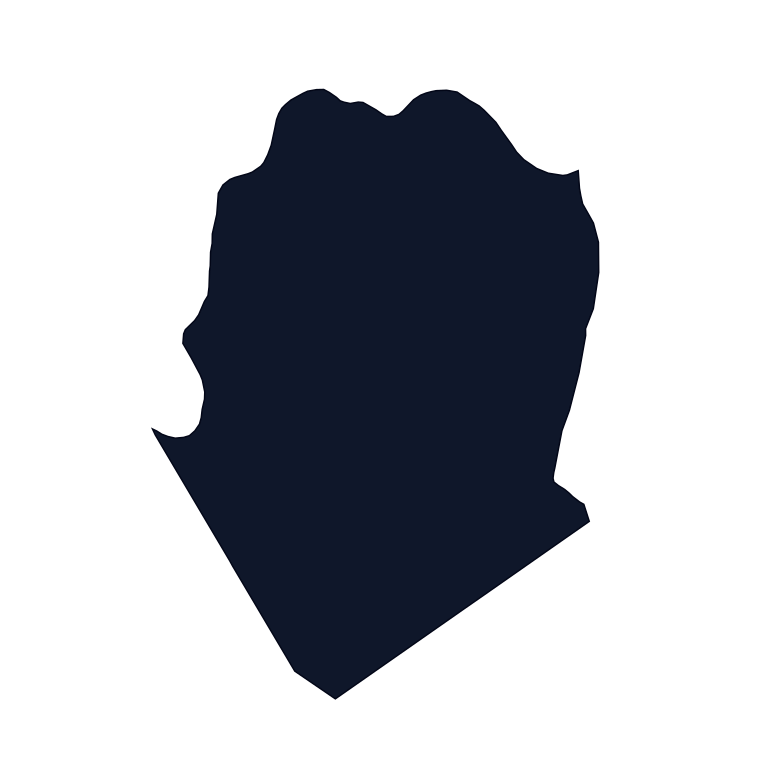 Júlio Borges, Piauí, Brazil (orthographic projection), rotated 170°
{"feature_id": "56859067B47361229033127", "entity_name": "Júlio Borges", "entity_type": "district", "adm_level": 2, "iso_a3": "BRA", "parent_name": "Brazil", "parent_adm1": "Piauí", "projection": "orthographic", "projection_center": [-44.174, -10.418], "detail": "fine", "context": "isolated", "style": "filled", "palette": "ink", "viewbox_px": 768, "rotation_deg": 170, "n_neighbors": 0, "source": "geoboundaries", "source_scale": "gbopen_adm2", "svg_char_len": 1561}
<svg xmlns="http://www.w3.org/2000/svg" viewBox="0 0 768 768"><g transform="rotate(170 384 384)"><path d="M486.6,82.4L346.1,147.8L316.3,161.6L205.7,213.1L208.1,230.8L211.9,233.9L217.8,240.4L220.5,244.2L224.4,248.8L230.0,253.8L233.7,258.0L233.9,261.9L232.2,267.3L230.4,271.6L216.9,307.1L206.0,325.9L190.0,361.2L177.0,396.7L175.9,403.5L164.8,421.8L153.2,456.5L148.2,486.4L149.8,506.1L153.0,515.3L157.1,526.8L157.5,535.1L157.5,542.9L155.7,560.4L167.2,558.1L171.7,558.3L185.7,563.1L196.3,569.8L207.4,580.7L213.2,589.4L216.7,597.4L224.5,613.5L228.4,622.3L237.9,636.2L242.0,641.3L246.4,645.0L250.4,648.2L261.3,658.8L271.3,662.4L281.7,663.8L286.4,663.7L292.1,663.2L297.7,662.1L305.5,658.8L317.9,649.6L322.5,646.9L328.1,645.9L335.3,647.1L339.4,650.5L344.3,655.4L355.8,664.9L360.4,666.1L368.5,666.1L374.5,668.5L378.0,670.5L381.1,674.6L387.2,680.6L392.2,684.5L399.3,685.6L408.4,685.6L413.3,684.3L426.2,679.9L432.6,676.2L436.7,673.3L440.6,668.6L443.8,663.2L447.4,654.0L453.6,638.7L458.7,629.9L463.9,622.9L467.6,619.8L476.8,615.6L481.2,614.7L495.1,613.3L500.2,612.2L508.0,608.0L514.0,600.7L519.2,580.2L527.0,561.6L528.8,552.3L531.9,543.9L534.6,530.5L536.2,525.5L539.5,509.8L542.0,501.6L546.5,496.5L554.5,484.3L559.5,479.3L570.2,472.0L572.6,468.2L575.0,458.9L569.4,443.6L563.4,425.2L562.2,419.5L561.9,407.2L563.4,400.2L567.5,390.5L569.8,382.6L572.7,376.5L578.4,370.7L584.6,366.9L590.5,366.2L599.0,366.9L605.9,369.8L611.5,373.1L615.9,377.1L619.8,379.9L618.1,373.6L566.7,236.9L564.7,231.0L521.7,116.7L486.6,82.4Z" fill="#0f172a" stroke="#020617" stroke-width="1.5"/></g></svg>